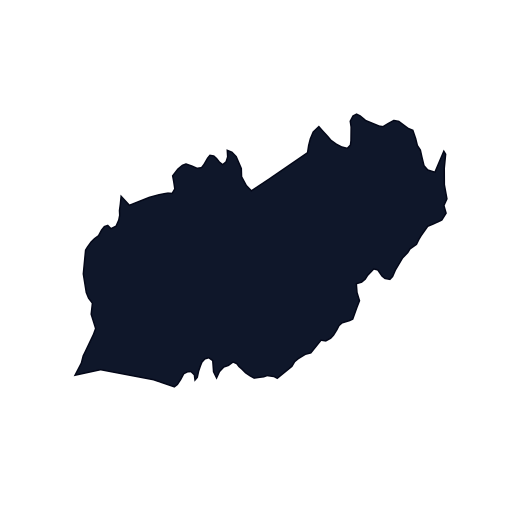 outline of São Mamede, Paraíba, Brazil, rotated 292°
{"feature_id": "56859067B24590178587269", "entity_name": "São Mamede", "entity_type": "district", "adm_level": 2, "iso_a3": "BRA", "parent_name": "Brazil", "parent_adm1": "Paraíba", "projection": "mercator", "projection_center": [-37.075, -6.928], "detail": "fine", "context": "isolated", "style": "filled", "palette": "ink", "viewbox_px": 512, "rotation_deg": 292, "n_neighbors": 0, "source": "geoboundaries", "source_scale": "gbopen_adm2", "svg_char_len": 2213}
<svg xmlns="http://www.w3.org/2000/svg" viewBox="0 0 512 512"><g transform="rotate(292 256 256)"><path d="M77.7,132.9L92.4,154.5L102.9,207.3L104.1,229.3L107.4,231.2L113.2,232.4L119.8,233.1L123.0,235.9L124.5,239.1L122.7,243.4L118.2,245.9L121.5,247.0L127.8,245.9L133.4,245.6L137.3,245.6L141.4,247.1L144.0,250.3L142.8,255.1L132.8,260.0L128.2,265.1L135.1,265.4L141.0,267.7L144.2,271.4L149.1,274.4L149.0,278.5L147.1,281.7L146.0,285.0L143.8,290.1L142.7,295.3L142.1,300.0L144.8,304.6L146.9,308.4L149.3,311.1L151.0,317.9L150.6,321.5L167.1,330.6L172.5,331.4L176.6,333.6L183.4,338.6L186.7,343.1L202.3,347.8L203.4,352.5L207.7,356.0L211.6,357.5L217.9,358.6L222.6,359.0L226.2,360.8L231.2,367.0L233.7,369.3L246.2,368.8L253.3,368.7L260.0,363.3L267.9,359.4L271.3,363.7L275.4,365.9L279.8,366.7L288.1,370.0L288.7,374.1L284.6,380.4L283.5,384.0L284.5,388.9L288.1,390.3L295.4,390.5L309.1,392.6L316.0,395.4L320.2,396.1L326.9,400.4L332.5,400.8L336.9,401.5L347.9,404.1L351.8,408.1L359.0,414.8L366.9,416.2L373.2,411.3L380.5,411.6L392.7,403.9L407.8,397.7L421.4,393.7L423.5,390.9L400.7,390.5L400.1,383.0L402.7,377.9L410.1,372.6L415.8,368.7L418.9,364.2L424.6,360.1L431.3,354.3L431.3,349.3L434.3,337.9L433.3,333.0L428.3,328.9L423.5,325.3L422.6,321.6L422.7,306.9L424.9,300.1L425.2,296.1L422.2,293.5L416.3,292.9L411.2,295.9L398.4,300.9L394.2,302.0L390.0,300.3L389.2,294.4L389.8,288.4L391.4,282.0L393.5,278.1L397.1,270.5L399.5,265.8L392.4,262.6L384.9,262.5L378.3,263.4L371.1,265.1L331.3,238.7L314.7,227.3L317.7,220.6L324.1,212.9L331.6,209.6L340.7,200.4L343.2,194.8L343.2,189.8L337.3,192.6L332.1,193.0L328.2,190.9L329.3,186.9L331.6,182.9L332.9,179.4L332.1,175.6L328.6,174.5L321.4,173.5L317.5,172.4L315.2,168.5L315.4,163.1L315.1,156.6L312.5,153.8L307.3,151.0L299.1,148.7L294.1,151.9L287.8,155.6L282.6,154.8L281.3,150.8L279.5,147.8L276.3,142.9L270.4,135.1L255.6,119.6L260.8,108.6L253.3,110.8L247.0,112.4L242.7,114.4L237.9,115.3L231.3,115.1L227.0,111.3L228.8,107.1L226.5,104.4L222.2,103.1L215.8,102.4L211.6,99.8L207.3,97.9L201.2,96.4L197.6,95.8L192.9,97.2L174.7,102.6L158.6,112.3L154.2,116.6L151.0,122.0L140.3,125.0L128.7,134.5L122.4,134.7L102.4,133.5L98.7,133.2L91.3,134.2L77.7,132.9Z" fill="#0f172a" stroke="#020617" stroke-width="1.5"/></g></svg>